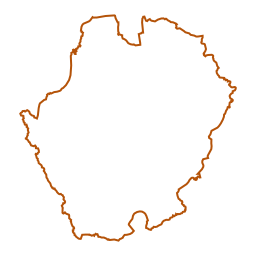 Pho Thale, Phichit, Thailand
{"feature_id": "78962969B47406793118742", "entity_name": "Pho Thale", "entity_type": "district", "adm_level": 2, "iso_a3": "THA", "parent_name": "Thailand", "parent_adm1": "Phichit", "projection": "albers", "projection_center": [100.23, 16.06], "detail": "fine", "context": "isolated", "style": "outline", "palette": "amber", "viewbox_px": 256, "rotation_deg": 0, "n_neighbors": 0, "source": "geoboundaries", "source_scale": "gbopen_adm2", "svg_char_len": 5704}
<svg xmlns="http://www.w3.org/2000/svg" viewBox="0 0 256 256"><path d="M224.1,77.9L219.8,77.5L219.3,77.1L219.1,76.1L217.9,74.9L216.8,73.0L216.5,71.0L217.2,70.3L217.8,68.6L218.7,67.9L217.3,66.1L216.3,62.6L214.3,61.1L213.4,59.7L213.4,58.5L212.9,57.8L213.2,56.0L213.0,55.5L211.8,54.8L208.1,55.0L206.3,55.4L205.4,56.3L204.0,55.2L203.8,54.6L204.2,54.1L203.7,53.4L205.2,51.3L206.0,49.1L204.8,44.3L204.2,43.9L201.9,43.5L201.3,42.7L201.3,42.1L201.8,41.3L201.8,39.2L202.6,37.5L202.6,35.8L198.1,36.5L196.1,36.5L194.3,35.6L190.6,34.8L189.3,33.4L185.4,32.3L183.9,31.0L179.8,28.3L177.1,28.7L176.0,27.7L176.5,26.7L176.1,24.8L176.8,24.3L176.2,23.7L173.0,22.3L170.7,22.1L170.0,21.4L167.7,20.2L166.3,18.8L165.8,18.7L164.9,19.3L163.6,18.4L161.3,18.5L157.9,19.6L155.0,21.4L151.5,20.7L150.3,19.9L149.8,19.1L148.2,19.9L147.2,21.1L146.0,20.7L144.4,16.6L143.2,16.8L143.0,17.8L142.4,18.5L142.1,22.5L143.1,32.6L141.9,32.6L141.4,33.3L140.4,33.4L139.6,34.0L138.8,34.1L140.2,43.0L140.3,44.8L135.5,45.4L133.8,44.4L133.2,44.7L130.7,44.3L128.3,43.2L126.2,40.4L124.5,39.2L122.7,38.5L122.1,36.5L122.2,35.3L119.5,34.4L118.5,34.8L118.1,34.1L118.3,33.3L118.8,32.7L118.2,31.3L118.1,27.0L118.4,25.0L118.4,22.3L117.6,22.3L115.6,18.2L115.0,15.7L114.4,15.4L105.6,16.0L96.9,17.5L93.3,17.6L92.6,17.1L90.2,20.4L88.9,21.4L83.5,23.7L82.5,24.7L81.5,26.8L80.9,30.8L81.8,31.4L81.6,32.0L83.0,32.7L82.7,33.5L82.6,35.5L82.4,36.0L81.4,36.3L81.1,37.5L81.3,38.0L80.5,40.0L80.5,41.6L79.4,43.4L79.5,44.4L80.5,45.8L80.0,46.5L79.2,46.2L78.3,46.3L78.0,47.6L77.4,48.1L77.3,48.7L76.3,48.7L75.8,49.1L75.8,49.5L76.5,51.2L75.2,52.1L75.5,52.8L75.6,54.0L75.0,54.0L74.5,53.6L74.3,52.3L74.9,50.9L74.8,50.5L74.2,49.9L73.4,49.6L73.0,49.9L73.2,51.0L72.9,52.0L71.3,52.9L71.5,54.3L70.8,55.9L71.2,65.5L70.5,75.2L69.1,80.0L66.0,85.1L63.1,88.0L61.7,88.7L60.7,90.3L59.7,90.9L57.1,91.7L54.2,92.1L51.2,93.5L50.2,93.0L49.5,94.0L48.3,93.6L47.0,94.8L47.3,95.7L46.5,97.0L46.0,99.4L44.2,99.9L40.0,103.3L39.5,104.4L38.7,108.0L37.9,115.3L36.9,118.5L35.6,117.8L34.3,117.5L33.9,116.0L31.7,115.3L29.9,113.6L29.3,111.7L27.4,110.2L26.6,110.4L25.4,111.5L24.7,111.4L24.3,110.9L22.6,111.1L22.0,112.3L20.9,112.9L20.3,113.7L21.1,115.5L23.0,115.7L23.5,116.1L23.3,117.2L23.8,118.2L22.8,119.4L23.5,120.5L23.6,121.8L24.7,122.8L24.5,123.6L24.9,124.6L25.3,124.8L26.5,124.6L27.1,126.3L26.6,126.9L28.2,128.5L27.8,129.9L28.6,132.6L27.6,133.8L27.8,135.3L27.2,136.0L26.6,138.0L25.8,138.3L25.8,138.7L27.1,139.4L28.1,140.4L28.8,141.9L29.6,142.2L31.1,145.4L33.7,146.2L35.1,145.5L36.0,146.6L35.8,147.6L35.9,148.2L38.1,148.4L38.8,150.5L38.9,152.1L37.9,152.9L37.5,153.9L35.8,153.8L35.6,154.4L36.1,155.3L36.7,157.9L37.8,158.8L37.6,160.1L38.5,161.4L38.7,163.1L41.4,165.2L41.9,166.4L41.9,167.4L42.6,167.5L44.1,168.5L44.3,169.9L43.8,170.5L43.8,171.1L44.8,172.2L45.2,173.3L46.2,174.4L46.5,177.6L47.4,178.7L48.0,180.5L50.3,183.4L51.0,185.8L52.2,187.8L52.7,187.7L53.4,188.8L54.6,188.5L55.2,189.8L56.2,190.6L57.2,192.3L58.7,193.8L59.6,194.2L60.8,193.9L61.6,194.8L62.7,195.2L63.1,196.3L63.9,197.2L63.5,199.4L64.9,201.1L65.1,202.0L64.5,203.2L63.2,203.2L63.0,204.3L61.8,205.7L62.8,208.0L62.6,208.5L62.5,212.7L62.8,213.2L63.6,213.5L64.9,212.4L65.5,213.2L66.7,213.9L68.9,214.7L69.2,215.7L69.2,218.3L71.1,220.0L70.7,221.1L71.1,221.5L71.1,222.4L71.7,224.3L72.6,226.3L73.7,227.1L74.1,228.0L74.1,228.4L73.5,228.6L73.3,230.5L72.8,230.5L72.9,231.9L73.7,233.1L74.4,233.4L74.6,235.2L75.4,235.4L75.9,236.5L78.6,238.6L80.1,238.9L80.8,238.8L82.2,234.8L85.3,234.6L88.7,234.6L89.1,234.9L89.5,234.6L91.8,235.7L92.3,235.3L93.4,235.3L94.1,235.7L94.2,234.7L95.0,234.6L95.7,233.9L96.2,234.5L97.1,234.1L97.5,234.2L98.4,236.8L99.7,236.8L101.5,237.5L103.8,237.5L106.6,238.7L107.5,239.6L108.5,239.3L108.6,239.8L109.8,240.0L114.3,239.5L118.5,240.6L119.9,239.0L121.2,238.6L122.9,237.6L123.1,236.8L124.6,234.9L126.8,234.8L130.1,234.0L132.1,232.8L133.8,230.9L128.8,224.7L128.9,223.8L130.1,221.8L132.4,218.8L133.0,215.8L134.0,214.0L134.6,213.4L137.1,212.0L139.8,211.4L142.0,211.6L143.9,212.6L145.2,213.7L146.4,216.0L147.9,220.5L146.9,221.4L147.0,223.3L146.2,225.8L146.1,227.9L147.6,228.4L148.8,229.3L150.9,229.9L151.2,229.7L151.5,228.5L153.0,227.9L153.6,226.8L155.5,227.0L157.1,226.6L158.5,225.6L161.4,224.3L162.6,221.9L163.7,220.8L166.2,219.8L168.3,219.9L169.6,219.5L170.3,217.8L172.5,217.2L173.0,215.4L174.4,216.1L175.4,215.2L176.0,215.1L176.1,214.1L176.5,214.4L177.1,214.1L177.5,214.3L177.6,214.0L179.9,214.1L180.9,213.4L182.0,213.2L182.8,211.9L184.8,211.6L185.5,210.1L185.0,209.9L185.7,208.0L185.4,206.6L184.1,206.2L183.8,205.1L182.9,204.8L182.1,203.9L181.9,203.3L182.4,202.2L182.0,201.1L180.2,200.3L179.8,199.4L178.6,198.8L177.5,195.7L177.0,193.0L178.2,191.8L178.8,190.4L178.7,189.4L186.5,184.2L188.3,182.2L189.6,179.9L191.3,178.1L192.1,177.7L193.3,177.8L194.0,178.4L194.1,179.3L195.9,180.0L196.6,179.6L197.0,178.5L196.2,178.0L197.2,177.7L197.7,176.6L198.8,176.6L199.6,177.5L200.3,177.4L199.4,173.9L197.7,173.9L202.0,169.2L203.3,166.8L203.4,165.3L202.3,162.8L202.3,161.0L203.2,159.2L208.1,158.0L207.7,156.9L207.8,155.6L211.3,149.1L211.6,146.2L211.3,143.3L211.4,139.4L209.1,137.9L208.9,136.5L210.4,134.4L211.5,130.8L217.5,127.6L219.1,125.9L220.9,123.3L222.8,119.7L223.9,116.8L224.1,114.5L225.1,113.7L226.1,110.7L227.3,108.9L227.7,107.1L228.1,106.9L229.4,107.5L229.7,107.3L229.7,106.7L229.3,105.9L229.7,102.7L230.1,102.3L231.1,102.1L231.2,101.1L232.2,101.4L232.7,100.8L232.8,100.1L232.1,99.3L230.4,98.4L229.7,96.4L229.8,95.4L231.2,93.7L232.7,92.9L232.7,91.2L234.9,90.3L235.7,88.8L235.7,87.6L234.8,87.0L232.0,87.4L231.1,87.0L229.0,84.8L229.1,84.3L229.9,83.9L230.4,82.4L230.3,81.6L229.1,81.1L228.1,81.4L228.2,81.0L227.3,80.5L227.2,80.0L225.9,80.2L225.9,79.5L225.2,79.2L224.1,79.4L223.9,78.8L224.1,77.9Z" fill="none" stroke="#b45309" stroke-width="2"/></svg>